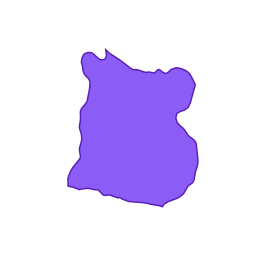 SVG path tracing the border of Tacna, rotated 333°
{"feature_id": "PER-575", "entity_name": "Tacna", "entity_type": "Department", "adm_level": 1, "iso_a3": "PER", "parent_name": "Peru", "parent_adm1": "", "projection": "natural_earth1", "projection_center": [-70.312, -17.577], "detail": "fine", "context": "isolated", "style": "filled", "palette": "violet", "viewbox_px": 256, "rotation_deg": 333, "n_neighbors": 0, "source": "natural_earth", "source_scale": "10m", "svg_char_len": 2133}
<svg xmlns="http://www.w3.org/2000/svg" viewBox="0 0 256 256"><g transform="rotate(333 128 128)"><path d="M207.6,120.0L195.3,133.5L191.0,136.9L186.6,137.7L182.2,137.0L178.1,137.2L175.1,140.9L174.3,145.7L175.4,149.6L177.1,153.5L177.9,158.3L178.1,161.1L178.6,163.0L180.7,167.2L181.5,169.3L181.8,171.4L181.4,173.6L175.7,188.4L173.6,192.0L171.8,194.1L168.1,197.8L163.5,203.9L161.9,205.5L159.7,206.4L156.9,206.5L154.6,207.3L147.9,211.6L145.5,212.4L140.5,213.0L130.3,211.9L125.4,212.3L122.9,213.8L120.6,211.4L115.8,207.9L109.9,203.1L106.9,201.0L103.5,198.9L100.0,196.7L95.4,193.9L90.6,188.7L90.2,188.2L89.7,187.0L89.2,186.3L88.7,186.0L87.8,185.9L87.2,185.6L81.7,179.8L80.0,178.7L76.6,177.5L75.4,176.3L74.1,171.9L73.2,169.6L71.8,168.6L70.3,167.9L66.3,164.5L64.3,163.3L58.7,161.2L56.7,160.9L51.8,155.4L49.8,154.0L48.5,152.7L48.2,152.3L49.3,150.5L50.9,147.0L51.4,146.0L52.0,145.2L52.9,144.2L56.5,141.0L60.2,138.5L68.7,134.6L70.0,134.1L71.5,133.2L72.3,132.4L72.9,131.3L74.6,125.9L75.3,124.5L76.4,123.1L80.2,119.0L80.8,118.2L81.6,117.0L82.8,114.6L83.4,112.9L83.8,111.4L84.7,106.2L85.1,105.1L89.2,99.3L90.9,96.3L91.9,94.0L92.9,92.0L93.7,91.0L95.0,89.9L96.7,88.9L98.8,88.2L103.6,85.8L111.3,75.9L114.1,71.5L115.1,69.7L115.2,68.2L115.3,66.7L115.0,65.2L114.2,63.0L114.2,62.8L114.0,62.5L113.6,59.8L113.8,57.5L114.3,55.7L115.4,52.6L115.8,51.1L115.9,49.6L116.4,48.2L117.1,47.1L119.3,44.3L121.6,42.6L123.0,42.2L124.9,42.3L126.7,42.6L128.9,43.7L129.9,44.5L130.7,46.0L133.1,52.5L133.9,53.8L134.9,55.0L136.2,55.7L137.7,56.0L139.1,56.0L141.6,54.1L143.7,48.2L145.5,53.2L151.7,63.8L157.0,75.0L159.2,78.5L159.9,78.9L160.7,79.2L160.8,79.2L161.0,79.2L161.3,79.3L161.8,79.6L163.9,81.4L167.2,84.8L169.2,86.6L169.6,86.8L170.5,87.0L170.9,87.1L171.7,87.4L172.7,88.1L175.6,90.4L176.4,90.8L177.0,90.9L177.5,90.8L179.0,90.3L179.7,89.9L180.2,89.8L180.8,89.7L181.8,89.8L182.3,90.1L182.7,90.5L183.6,92.7L183.9,93.5L185.5,95.7L186.2,96.3L186.9,96.7L187.6,96.7L188.2,96.7L191.5,96.0L192.6,95.5L192.9,95.4L197.8,96.1L199.3,96.7L203.2,100.2L205.1,102.5L206.4,104.5L207.5,107.8L207.8,111.8L207.6,119.9L207.6,120.0Z" fill="#8b5cf6" stroke="#5b21b6" stroke-width="1.5"/></g></svg>